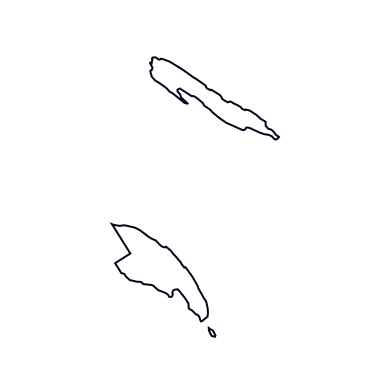 outline of Keweenaw, Michigan, United States of America, rotated 58°
{"feature_id": "52423323B74408100948794", "entity_name": "Keweenaw", "entity_type": "district", "adm_level": 2, "iso_a3": "USA", "parent_name": "United States of America", "parent_adm1": "Michigan", "projection": "equal_earth", "projection_center": [-88.443, 47.695], "detail": "fine", "context": "isolated", "style": "outline", "palette": "ink", "viewbox_px": 384, "rotation_deg": 58, "n_neighbors": 0, "source": "geoboundaries", "source_scale": "gbopen_adm2", "svg_char_len": 2279}
<svg xmlns="http://www.w3.org/2000/svg" viewBox="0 0 384 384"><g transform="rotate(58 192 192)"><path d="M223.1,294.9L225.6,292.9L226.8,292.7L228.5,292.9L233.6,291.5L238.6,286.6L240.9,283.4L242.3,282.5L244.3,282.1L248.4,276.8L250.2,274.9L251.1,274.4L257.3,272.7L261.7,269.3L265.0,267.2L266.7,266.8L268.6,266.9L269.1,266.5L270.0,265.2L269.9,264.2L268.5,262.4L267.3,262.2L266.0,261.0L265.5,259.7L265.6,258.5L266.9,255.8L269.4,255.2L279.0,254.1L283.1,254.1L284.5,254.2L286.7,255.1L287.9,256.0L289.8,256.3L292.3,254.8L298.0,253.4L298.9,252.5L300.2,252.1L301.6,251.9L305.1,252.9L306.5,252.9L306.8,251.9L305.9,244.9L303.5,242.9L299.3,240.5L292.1,237.9L289.5,238.2L276.4,237.6L275.7,237.1L271.3,236.8L263.3,236.6L253.4,237.3L252.1,237.5L252.1,238.6L251.9,238.6L247.5,239.0L246.1,238.8L237.3,240.1L235.5,240.6L230.4,241.1L224.6,243.0L224.8,243.7L224.5,244.5L223.1,245.8L221.2,246.9L213.7,248.5L210.8,250.6L207.4,252.4L196.8,256.4L192.1,259.2L185.5,265.7L183.7,268.2L182.5,271.2L178.8,275.4L176.9,276.9L211.5,276.9L211.6,294.9L223.1,294.9ZM57.1,154.2L57.8,155.4L58.4,155.3L61.4,158.0L60.4,158.5L60.2,158.8L60.4,159.3L65.7,159.6L67.2,161.5L67.1,163.1L67.5,163.4L72.8,165.0L78.2,164.1L80.8,162.6L89.1,159.1L91.1,158.4L94.6,157.9L98.4,156.0L112.5,151.1L114.6,149.1L114.5,148.8L105.8,151.2L102.9,150.3L99.1,151.0L97.5,150.0L97.8,147.5L104.3,144.4L110.6,141.4L111.5,139.8L114.6,138.2L122.0,135.7L125.4,135.8L131.9,132.9L135.0,132.5L143.7,129.6L151.6,126.2L166.1,116.4L166.9,115.3L167.1,114.3L166.7,113.0L166.3,112.4L166.4,111.1L168.2,109.2L177.1,103.4L181.3,100.1L183.9,96.9L185.5,95.8L187.1,94.8L190.7,94.1L191.9,93.3L192.1,91.3L191.4,89.1L187.5,90.7L185.5,90.6L181.9,91.4L180.3,92.3L178.8,93.8L175.0,94.4L171.4,92.4L166.4,95.0L160.6,96.6L153.7,99.8L150.9,102.3L150.6,102.7L150.7,103.6L149.3,104.6L147.5,105.7L145.9,105.6L142.2,107.5L139.6,109.4L136.4,110.9L135.2,112.1L135.1,114.0L132.6,115.5L128.9,117.1L128.0,116.8L124.9,116.8L115.5,121.4L115.1,122.0L115.3,122.5L112.1,124.3L110.0,124.5L109.4,124.1L107.9,124.5L99.3,128.1L95.4,130.1L83.0,135.2L69.4,142.0L63.7,146.4L62.6,147.6L62.7,149.1L61.8,150.2L58.4,151.6L57.1,154.2ZM316.2,249.8L318.4,251.0L321.9,251.5L324.6,251.5L326.9,249.3L326.1,248.1L320.8,247.7L318.6,248.9L316.2,249.8Z" fill="none" stroke="#020617" stroke-width="2"/></g></svg>